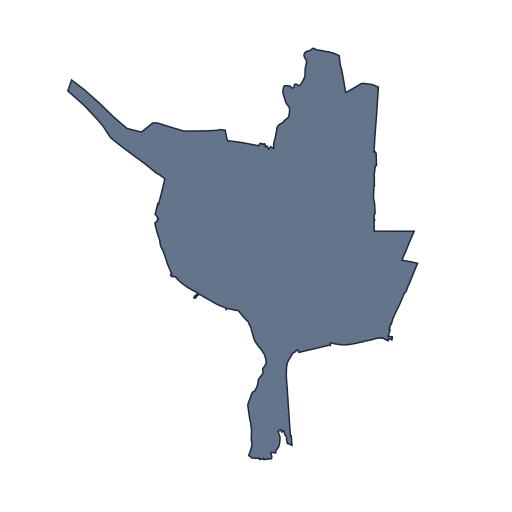 Amersfoort, Utrecht, Netherlands, rotated 81°
{"feature_id": "6326949B34184194665398", "entity_name": "Amersfoort", "entity_type": "district", "adm_level": 2, "iso_a3": "NLD", "parent_name": "Netherlands", "parent_adm1": "Utrecht", "projection": "robinson", "projection_center": [5.382, 52.164], "detail": "fine", "context": "isolated", "style": "filled", "palette": "slate", "viewbox_px": 512, "rotation_deg": 81, "n_neighbors": 0, "source": "geoboundaries", "source_scale": "gbopen_adm2", "svg_char_len": 5977}
<svg xmlns="http://www.w3.org/2000/svg" viewBox="0 0 512 512"><g transform="rotate(81 256 256)"><path d="M448.7,250.1L439.2,249.3L439.2,250.2L400.5,246.7L400.5,246.8L400.0,246.8L399.1,246.6L390.0,245.7L388.5,245.7L380.0,244.9L377.8,244.6L376.0,244.3L373.3,243.6L372.8,243.8L369.9,243.0L367.4,242.1L365.9,241.4L364.4,240.4L362.3,238.7L357.4,234.5L357.2,233.5L356.7,232.1L356.4,231.8L355.2,229.6L356.2,229.1L358.0,228.7L357.8,228.0L357.8,226.2L357.5,223.3L356.7,212.1L355.5,197.2L356.0,196.6L355.1,196.2L354.2,196.3L353.3,195.8L355.1,192.0L355.1,191.8L356.2,188.5L357.2,184.7L357.7,181.5L357.9,180.0L358.0,177.2L358.0,174.3L357.8,168.6L357.6,167.7L357.5,167.1L357.6,163.5L357.0,162.9L357.1,159.1L356.9,156.5L356.9,156.3L356.9,155.7L356.8,154.5L356.6,153.1L356.3,151.4L356.2,149.1L356.3,149.1L356.3,147.1L356.4,144.9L356.7,145.1L356.9,144.9L356.7,144.6L356.8,143.7L358.6,141.3L359.8,139.7L359.6,139.7L360.3,138.8L358.1,137.9L359.8,135.5L359.6,135.4L360.0,134.8L359.0,134.4L357.2,134.0L356.3,136.6L355.9,138.0L350.0,135.1L349.4,136.0L347.3,135.0L347.2,135.1L345.6,134.3L345.5,134.1L344.5,133.6L344.7,133.3L341.4,131.5L340.6,131.3L339.2,130.7L338.8,130.3L338.7,130.1L336.2,128.6L333.9,127.1L325.8,121.4L319.2,117.3L316.6,115.8L314.4,113.1L311.2,111.6L305.7,108.0L288.5,97.6L286.6,102.2L284.9,107.0L283.0,112.5L280.2,110.9L275.0,107.5L266.6,102.4L256.3,95.9L250.0,135.3L242.2,134.2L239.1,133.8L239.2,133.2L238.2,133.5L233.3,132.7L233.2,132.3L233.0,131.9L232.5,131.7L223.4,130.7L216.7,130.9L212.8,130.0L205.3,128.6L205.4,128.1L196.1,126.7L196.0,127.0L192.7,126.1L187.2,124.5L186.3,124.1L185.6,124.1L185.5,122.8L173.4,121.3L171.3,122.3L171.7,123.2L158.5,120.3L137.4,115.3L108.3,108.7L105.2,113.7L104.7,114.7L102.3,123.1L102.2,124.2L102.3,125.1L102.4,125.6L104.2,130.0L108.3,140.8L108.6,141.5L108.3,141.6L107.2,141.9L94.1,142.0L84.1,142.3L83.2,142.5L82.6,142.8L82.5,142.7L82.1,142.8L77.2,142.8L76.5,142.7L71.2,142.5L70.9,143.0L69.6,144.7L68.5,146.4L66.4,150.9L65.7,152.4L64.4,156.5L63.3,159.3L61.9,163.7L61.4,164.6L60.3,165.9L59.9,166.5L59.8,167.1L60.0,167.9L60.3,168.5L61.1,169.6L61.5,170.5L61.7,173.1L61.9,174.1L62.0,174.5L62.5,175.5L63.0,176.0L63.9,176.7L64.6,177.0L65.2,177.2L66.0,177.2L66.8,177.1L70.5,175.8L71.5,175.6L72.1,175.6L72.8,175.8L77.7,177.8L79.1,178.2L84.5,179.2L85.8,179.5L87.4,180.3L89.0,181.3L93.0,184.5L93.6,185.2L94.0,185.7L94.2,186.3L94.3,186.8L94.1,187.2L93.8,187.9L92.4,189.6L92.3,190.0L92.3,190.4L92.5,190.8L92.9,191.2L93.5,191.5L94.6,191.8L95.5,192.4L95.8,192.9L96.0,193.4L95.9,193.8L95.7,194.1L94.0,195.3L93.5,195.9L93.3,196.4L92.5,199.8L92.3,201.0L92.4,201.3L92.7,201.7L93.6,202.3L95.1,203.0L97.3,203.7L99.5,203.8L101.4,203.7L109.1,202.5L110.7,201.9L113.3,200.4L114.4,200.0L115.3,199.9L117.1,200.0L118.5,200.3L119.6,200.6L122.8,201.6L123.9,202.2L124.5,203.0L126.4,206.4L128.5,208.9L129.0,210.1L129.7,212.2L130.1,213.0L130.8,213.8L131.6,214.6L133.2,215.5L135.8,216.2L141.3,218.2L143.2,219.0L145.1,219.9L146.7,220.5L148.6,221.1L152.4,221.8L150.4,224.4L150.7,224.5L152.4,226.8L149.2,227.8L149.1,228.4L149.6,229.5L146.6,229.8L146.4,230.8L147.0,231.1L146.3,232.6L145.5,233.1L145.6,234.3L145.8,234.7L146.6,235.5L147.1,235.9L147.6,236.0L141.9,251.7L140.0,257.9L137.7,266.1L134.4,266.5L126.9,266.7L126.3,269.1L125.7,270.9L125.5,271.7L125.5,272.5L125.6,272.8L125.9,273.3L124.5,286.9L121.3,307.8L115.4,320.1L109.2,332.5L108.4,337.1L115.7,349.7L109.9,363.4L96.4,374.9L81.1,386.3L65.0,399.5L53.3,410.6L62.9,415.7L63.4,416.1L80.2,402.3L95.6,391.8L103.7,386.8L116.2,381.3L123.0,375.2L128.4,370.1L138.9,359.9L147.4,351.4L158.2,341.8L160.7,338.6L165.4,333.9L177.3,338.8L186.8,342.9L189.7,344.2L188.9,344.8L192.3,346.3L199.2,349.1L200.0,348.4L202.1,347.4L203.2,346.7L203.7,347.4L204.7,347.0L205.1,347.9L205.9,347.7L207.0,350.1L207.3,350.4L208.2,350.7L209.1,350.7L217.4,350.0L225.0,348.7L226.1,348.6L228.9,348.8L231.0,348.6L233.2,348.1L236.9,346.9L245.3,345.3L248.6,345.0L260.0,342.2L260.2,342.7L260.6,342.6L260.9,342.7L261.3,342.9L261.5,343.4L262.2,343.4L262.2,342.5L262.3,342.2L262.6,342.0L263.6,341.9L263.5,341.6L263.3,341.3L263.3,340.2L263.6,339.5L264.1,338.9L268.1,336.1L270.7,334.0L273.5,331.3L275.4,329.4L276.8,327.9L283.8,319.0L285.9,322.0L285.5,322.1L286.4,323.4L287.2,323.7L287.3,323.9L287.9,323.6L287.8,323.3L288.1,322.4L287.9,322.0L286.6,321.0L285.3,319.0L285.3,318.1L285.5,317.2L287.4,314.8L287.6,314.8L290.1,311.6L291.8,309.4L297.1,302.8L300.1,298.2L302.3,294.5L303.2,293.7L303.8,294.1L304.2,293.8L303.5,293.2L303.6,291.7L305.5,287.0L306.8,283.4L307.2,282.0L310.4,280.2L314.7,277.6L317.7,275.6L319.5,274.2L320.2,273.8L322.8,273.3L325.5,272.4L326.8,272.1L329.2,272.0L331.8,271.6L336.4,271.1L339.3,270.5L340.6,270.1L342.1,269.4L346.0,267.5L350.0,265.1L354.6,263.1L356.0,262.8L359.7,262.5L362.7,262.5L363.3,262.7L364.2,263.2L365.5,264.2L367.1,265.7L367.7,266.4L368.5,267.0L369.0,267.2L369.7,267.3L371.5,267.1L371.9,267.1L372.5,267.3L373.3,267.9L375.7,270.2L377.5,272.2L378.3,272.8L379.2,273.3L381.8,274.0L383.0,274.4L386.1,276.1L388.7,278.1L389.0,278.3L389.4,278.8L389.5,279.2L389.7,280.1L390.1,280.8L391.8,282.1L392.0,282.1L392.7,282.6L392.9,282.6L399.5,286.3L401.2,287.2L401.8,287.4L403.2,287.5L416.3,287.7L417.0,287.7L418.7,287.4L425.8,287.6L428.0,287.8L436.5,289.4L441.2,289.4L442.0,289.5L447.0,291.7L447.6,292.1L451.9,294.4L454.9,291.5L455.6,288.5L456.3,284.2L457.5,284.3L457.5,282.3L457.4,281.2L457.1,280.2L458.2,280.3L458.3,280.0L458.4,279.0L458.4,275.8L458.6,275.3L458.3,275.2L458.4,274.3L458.7,272.7L458.3,272.2L457.9,272.0L457.2,271.8L455.8,271.8L454.5,272.0L454.1,272.1L452.3,271.8L452.2,271.6L453.7,267.5L452.9,267.3L452.1,266.8L451.4,266.8L451.1,266.6L450.9,266.4L450.5,265.9L448.8,264.1L448.0,263.5L447.0,263.0L444.6,261.9L438.7,260.6L432.6,261.6L431.6,258.7L433.8,258.2L433.7,257.9L433.8,257.9L433.8,257.4L433.6,256.9L433.3,256.4L432.9,255.8L434.9,255.6L436.3,255.7L438.1,254.9L438.5,254.3L438.7,254.2L443.7,254.6L446.3,254.2L446.5,253.2L448.0,251.1L448.3,250.5L448.5,250.4L448.7,250.1Z" fill="#64748b" stroke="#1e293b" stroke-width="1.5"/></g></svg>